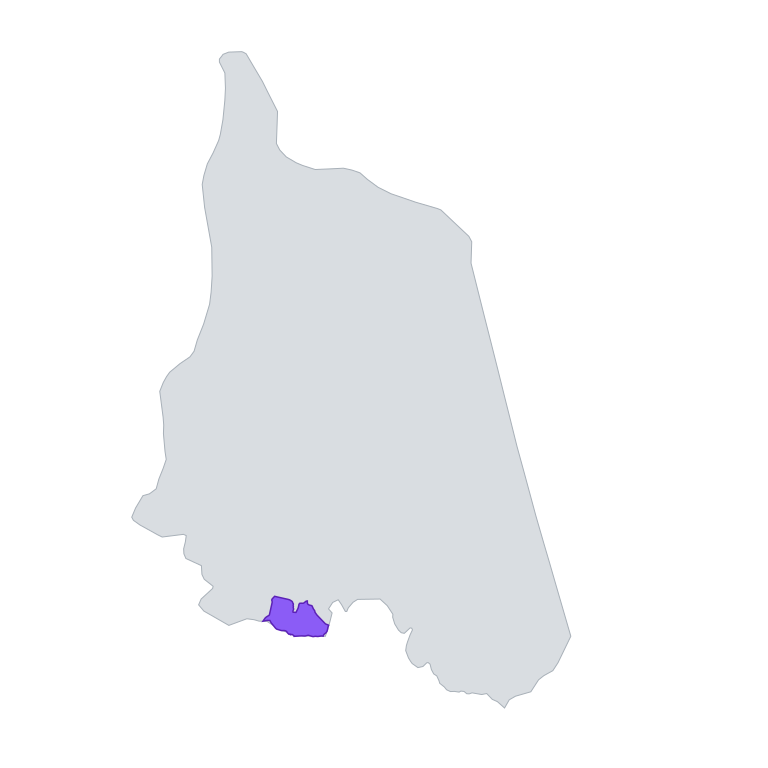 location of Tartus within Syria, rotated 287°
{"feature_id": "SYR-135", "entity_name": "Tartus", "entity_type": "Province", "adm_level": 1, "iso_a3": "SYR", "parent_name": "Syria", "parent_adm1": "", "projection": "robinson", "projection_center": [36.109, 34.945], "detail": "fine", "context": "in_parent", "style": "filled", "palette": "violet", "viewbox_px": 768, "rotation_deg": 287, "n_neighbors": 0, "source": "natural_earth", "source_scale": "10m", "svg_char_len": 3713}
<svg xmlns="http://www.w3.org/2000/svg" viewBox="0 0 768 768"><g transform="rotate(287 384 384)"><path d="M118.6,271.3L124.9,272.0L138.4,279.9L140.6,279.7L144.7,269.2L148.6,265.6L156.9,262.5L159.2,245.6L163.1,242.3L167.8,240.6L175.0,240.2L181.2,239.2L181.6,236.2L172.8,216.6L173.6,211.7L177.8,191.9L180.4,184.2L182.9,181.7L192.8,182.7L206.7,186.1L210.4,191.8L217.2,196.8L227.3,196.5L239.0,197.5L248.2,197.8L255.5,194.3L272.0,187.6L280.2,185.4L287.6,182.5L311.4,171.7L321.0,172.5L327.5,173.9L332.6,175.6L343.9,183.0L353.2,190.5L359.8,192.8L371.5,192.6L388.5,194.0L409.3,193.9L421.4,191.8L436.9,188.1L464.4,179.3L500.5,160.8L521.7,151.8L530.9,150.8L542.9,150.7L555.0,153.0L568.6,154.7L574.9,154.5L589.6,152.7L608.6,148.9L620.5,145.9L634.9,140.9L643.7,132.5L646.6,131.6L650.4,133.1L652.2,133.7L656.0,138.5L660.2,150.7L660.2,152.1L659.5,155.6L650.3,165.6L637.8,179.3L628.7,187.9L613.5,202.5L602.0,205.6L582.5,210.8L577.3,215.9L572.6,224.1L569.9,235.3L569.2,242.3L569.0,255.5L573.8,269.1L578.5,282.1L579.2,290.7L578.9,299.3L574.8,308.3L570.4,320.8L568.0,334.9L567.1,361.3L567.4,383.8L567.1,387.5L559.2,403.4L550.0,422.0L545.7,426.3L525.0,431.9L502.4,445.5L477.2,460.7L454.3,474.6L430.3,489.1L405.3,504.1L387.4,514.9L363.4,529.3L341.6,543.1L319.5,557.0L302.6,567.6L277.0,584.3L262.0,594.2L239.9,608.6L220.5,621.3L197.4,636.4L168.4,631.9L159.3,629.3L151.8,622.1L146.3,618.3L132.6,614.4L123.8,600.9L118.6,596.1L109.4,594.0L113.4,585.3L114.1,579.7L118.0,572.7L115.6,568.2L114.4,558.5L112.6,556.1L112.0,553.6L113.4,550.5L112.8,547.3L111.3,545.9L110.6,541.1L109.3,537.5L109.9,533.2L111.9,530.3L114.0,524.9L116.5,523.2L120.3,519.8L121.3,516.3L124.8,512.8L129.5,510.0L130.5,507.7L129.9,506.4L125.2,503.8L122.7,499.3L124.9,492.7L126.4,490.7L129.2,487.5L135.4,482.7L140.3,481.9L144.5,481.9L151.7,482.3L157.2,483.1L158.6,481.9L158.4,480.3L151.5,476.3L151.2,473.2L152.9,469.8L157.7,464.4L163.5,460.5L166.4,459.8L173.0,451.9L177.2,443.1L170.3,421.7L166.2,418.2L159.5,415.3L155.6,414.9L155.2,413.5L160.5,408.0L164.3,403.3L160.1,398.8L152.7,396.7L149.9,401.3L140.4,401.8L125.6,401.7L119.1,379.1L118.2,369.3L118.3,358.0L122.8,341.4L120.7,333.8L120.6,328.6L119.4,321.5L107.8,306.2L114.2,278.1L118.6,271.3Z" fill="#d9dde1" stroke="#a8b0b8" stroke-width="1"/><path d="M132.8,401.8L130.8,401.8L129.0,401.2L127.5,400.1L126.9,399.8L126.2,399.6L125.1,399.6L124.7,397.7L123.2,394.6L122.6,391.9L121.8,390.4L121.6,389.5L121.6,385.3L121.4,384.7L119.9,382.2L119.6,381.1L119.1,379.0L116.4,371.8L116.9,371.5L116.9,371.0L117.4,370.3L117.6,369.6L117.5,368.9L116.9,368.3L116.9,367.6L117.4,367.2L117.2,366.9L116.9,366.2L117.6,364.8L118.1,364.0L118.8,363.4L119.2,361.8L119.0,360.4L118.5,359.0L118.2,357.9L118.2,353.0L118.7,351.8L122.7,345.8L124.5,344.0L123.7,341.3L121.8,337.6L125.5,338.8L126.8,339.6L129.2,341.7L129.8,341.9L142.5,340.9L142.8,340.8L143.5,340.5L144.6,339.8L145.8,339.9L149.0,341.5L149.1,343.4L150.0,355.3L150.0,356.9L149.4,359.2L149.1,359.8L148.8,360.2L148.2,360.6L147.9,360.8L147.3,361.5L147.0,361.7L145.8,361.8L145.5,361.9L145.0,362.3L144.6,362.4L143.9,362.5L143.5,362.6L143.2,362.8L142.7,363.2L142.4,363.3L142.1,363.4L141.7,363.4L140.9,363.3L140.1,363.3L139.2,363.8L139.8,366.6L143.8,367.3L145.1,367.4L148.4,367.1L149.1,367.3L149.6,367.5L150.1,368.7L150.5,370.2L150.7,370.8L150.9,371.1L151.2,371.4L153.4,372.9L153.8,373.4L154.1,374.1L152.6,374.6L151.9,374.9L151.6,375.1L151.3,375.4L151.2,375.7L151.0,376.1L150.8,377.0L150.8,377.5L150.8,377.8L150.9,378.8L150.9,379.5L150.8,380.0L150.5,380.3L148.3,382.2L147.0,383.9L146.6,384.2L146.3,384.4L145.8,384.6L145.6,384.7L145.5,384.8L145.4,384.9L143.4,387.5L137.6,397.9L137.4,398.6L137.3,400.6L137.1,401.6L135.0,401.5L132.8,401.8Z" fill="#8b5cf6" stroke="#5b21b6" stroke-width="1.5"/></g></svg>